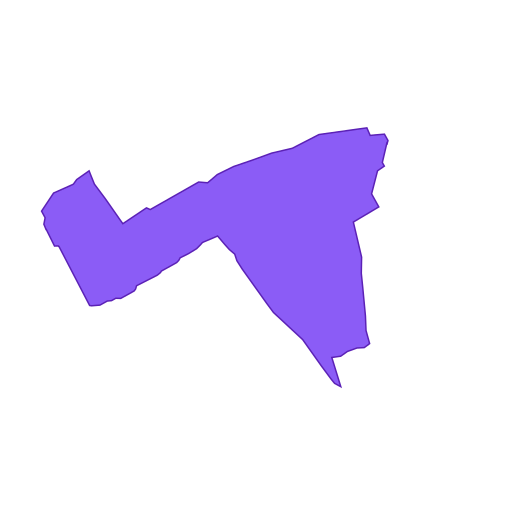 Turkmengala, Mary, Turkmenistan, rotated 61°
{"feature_id": "10190150B49648436133803", "entity_name": "Turkmengala", "entity_type": "district", "adm_level": 2, "iso_a3": "TKM", "parent_name": "Turkmenistan", "parent_adm1": "Mary", "projection": "albers", "projection_center": [62.147, 36.684], "detail": "fine", "context": "isolated", "style": "filled", "palette": "violet", "viewbox_px": 512, "rotation_deg": 61, "n_neighbors": 0, "source": "geoboundaries", "source_scale": "gbopen_adm2", "svg_char_len": 1525}
<svg xmlns="http://www.w3.org/2000/svg" viewBox="0 0 512 512"><g transform="rotate(61 256 256)"><path d="M220.1,85.7L219.3,84.8L219.0,84.6L213.0,84.6L212.8,84.6L211.7,84.6L208.1,92.6L205.9,97.7L198.5,97.0L197.7,96.9L195.0,103.8L180.7,141.0L180.3,142.1L179.4,171.7L179.2,172.7L173.6,192.4L170.3,213.1L166.9,232.1L166.0,250.4L166.7,253.7L168.5,262.8L163.5,270.3L163.8,297.3L164.1,325.4L164.1,326.0L161.4,328.0L160.8,328.5L163.2,356.8L158.1,357.4L140.6,359.2L132.3,360.1L116.2,362.3L114.8,362.5L110.8,362.0L103.5,361.1L102.2,360.9L100.6,360.7L102.2,375.7L103.4,378.3L104.6,380.8L104.6,381.8L102.8,402.5L108.5,413.5L112.8,421.8L120.3,421.9L125.1,425.9L125.3,426.1L128.6,426.5L131.1,426.8L131.2,426.5L132.0,426.6L149.6,427.4L151.3,424.1L151.8,424.1L152.1,423.7L218.6,425.5L219.8,424.0L223.3,416.3L223.3,408.3L223.3,407.9L225.0,404.0L225.0,399.1L227.5,394.9L227.5,379.5L226.5,377.3L224.1,374.9L224.9,351.5L224.2,347.6L223.3,346.1L223.3,343.2L223.3,328.6L222.4,325.7L220.8,323.2L221.2,313.8L220.8,304.4L219.3,299.2L218.3,296.5L218.3,295.6L218.3,295.3L219.5,284.1L219.9,279.9L230.8,277.7L237.4,276.2L244.0,273.7L250.9,275.0L260.7,274.4L302.6,269.6L313.9,268.1L351.8,255.7L384.1,252.1L400.6,249.9L405.5,249.0L411.4,245.2L381.5,238.9L384.7,230.5L383.8,222.3L384.8,216.2L385.4,212.3L388.6,205.7L387.7,199.1L374.5,195.9L361.6,189.4L335.5,178.0L322.2,172.3L308.2,164.2L273.5,154.4L272.6,124.8L257.7,124.8L240.4,108.4L239.6,100.2L235.5,100.2L220.7,86.8L221.2,86.7L220.1,85.7Z" fill="#8b5cf6" stroke="#5b21b6" stroke-width="1.5"/></g></svg>